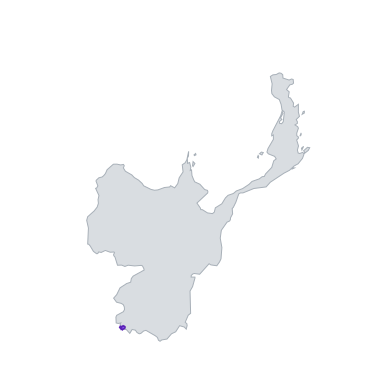 location of Mae Sai, Chiang Rai, Thailand, rotated 219°
{"feature_id": "78962969B11376495373152", "entity_name": "Mae Sai", "entity_type": "district", "adm_level": 2, "iso_a3": "THA", "parent_name": "Thailand", "parent_adm1": "Chiang Rai", "projection": "mercator", "projection_center": [99.929, 20.361], "detail": "fine", "context": "in_parent", "style": "filled", "palette": "violet", "viewbox_px": 384, "rotation_deg": 219, "n_neighbors": 0, "source": "geoboundaries", "source_scale": "gbopen_adm2", "svg_char_len": 4853}
<svg xmlns="http://www.w3.org/2000/svg" viewBox="0 0 384 384"><g transform="rotate(219 192 192)"><path d="M164.6,44.0L164.9,45.5L166.5,43.5L168.5,42.5L172.4,46.9L172.9,48.8L170.0,55.8L170.5,58.2L172.3,60.1L174.5,61.2L176.9,60.9L181.3,58.9L186.1,60.2L185.9,64.8L187.6,72.2L185.2,79.7L182.9,83.3L184.7,86.6L184.8,89.6L180.1,101.2L181.1,102.1L184.0,103.4L185.3,103.0L190.1,98.4L195.6,94.9L197.3,91.9L200.7,90.9L203.8,88.2L210.8,92.9L212.7,93.3L213.6,94.1L214.0,96.0L214.8,96.3L217.7,93.7L222.6,92.0L224.5,87.9L226.8,86.7L226.5,84.8L227.3,84.0L231.2,83.8L237.2,86.0L239.3,86.4L240.3,85.9L249.8,98.8L256.0,103.7L257.5,107.1L256.1,115.7L256.2,120.6L257.6,124.3L260.2,126.9L262.1,130.7L269.2,134.2L268.6,135.1L269.0,137.5L273.5,140.1L273.8,141.0L273.3,144.5L271.3,147.1L270.9,149.2L270.9,151.9L272.0,155.9L270.6,164.1L267.9,166.4L264.5,168.1L262.6,170.3L261.2,169.8L260.5,167.5L256.8,166.2L249.5,167.4L245.9,166.9L241.0,167.6L236.2,167.3L233.4,166.4L225.5,168.2L222.2,169.8L219.8,172.2L216.2,178.2L212.5,181.9L212.6,183.4L208.1,184.3L208.3,189.5L210.9,195.0L211.6,202.0L216.7,207.0L215.7,210.4L216.3,213.8L220.2,221.5L217.4,217.8L216.9,215.3L213.5,211.5L212.4,213.4L208.5,210.5L206.9,207.6L206.3,208.9L202.4,204.8L198.5,202.6L196.3,201.6L190.8,203.0L183.7,201.9L181.0,203.0L179.9,202.3L179.2,201.1L181.2,186.5L175.1,184.7L174.1,183.8L172.8,184.8L166.8,185.5L162.5,188.1L162.0,190.4L163.9,194.4L161.4,201.6L162.3,208.4L161.9,212.1L158.9,216.9L158.2,220.7L154.8,226.5L152.5,233.8L152.0,238.0L148.0,244.5L147.1,248.1L145.6,249.5L146.2,252.4L145.5,261.3L148.1,267.7L147.4,270.7L150.2,271.7L156.7,269.7L158.9,270.2L160.3,273.7L161.9,284.2L164.7,287.5L165.4,285.8L166.7,287.5L167.7,290.6L171.1,307.2L172.9,311.5L170.9,310.4L169.7,305.2L167.8,305.0L168.4,301.7L167.2,300.5L165.3,301.5L165.3,304.0L170.5,312.2L173.8,312.5L177.8,316.1L182.3,318.8L187.9,317.8L191.8,318.7L194.1,320.9L197.8,326.5L203.8,331.1L202.8,334.0L200.5,336.3L199.2,339.4L197.6,340.3L195.4,340.3L193.0,337.8L187.0,340.1L185.7,342.5L184.2,343.1L181.6,340.5L181.8,339.0L183.4,336.8L183.0,331.1L179.5,331.0L177.1,326.8L176.3,326.3L174.6,327.0L169.0,325.0L167.3,322.3L165.7,322.5L164.5,327.1L159.6,321.0L156.1,318.4L156.6,313.9L154.3,312.9L153.3,311.6L154.2,308.9L151.0,309.3L149.5,308.6L147.6,303.6L146.0,301.7L143.9,301.7L143.2,300.7L143.4,298.3L138.2,294.8L136.5,290.9L134.0,289.1L132.5,289.7L130.9,292.5L129.7,292.3L128.6,291.5L127.3,287.6L127.3,280.7L129.0,276.6L129.9,270.2L132.3,264.7L137.3,248.9L137.6,242.6L146.1,233.7L151.8,223.4L153.7,221.9L154.5,220.0L151.5,211.7L150.2,206.0L150.4,204.5L146.7,200.6L145.8,196.1L144.8,194.7L144.5,193.2L145.8,190.6L145.1,180.7L141.0,173.9L133.8,167.6L127.4,158.3L126.6,155.0L126.3,150.3L131.5,147.2L133.6,147.0L134.3,132.9L138.8,130.2L139.7,129.1L140.1,126.7L139.1,125.3L136.2,127.7L135.6,127.1L132.0,118.8L131.2,113.8L116.7,96.8L117.4,93.9L115.3,86.5L113.1,86.4L111.7,85.1L110.2,81.8L113.0,82.2L117.5,80.3L116.7,73.1L118.7,68.9L118.9,62.0L122.4,58.0L122.9,55.9L124.8,55.7L127.3,57.2L129.9,57.2L140.7,55.5L142.1,53.6L142.8,49.8L143.8,48.6L146.3,48.2L149.0,49.0L152.0,47.5L151.4,43.0L156.6,43.8L160.0,41.7L164.6,44.0ZM131.2,294.3L130.4,299.4L128.4,300.5L127.8,297.5L128.9,292.7L129.5,293.8L131.2,294.3ZM163.6,264.2L163.2,266.7L161.4,267.5L161.0,264.8L163.6,264.2ZM208.1,212.7L210.3,216.3L207.7,216.0L207.2,212.5L208.1,212.7ZM155.5,325.5L154.4,324.0L155.3,321.7L156.2,324.6L155.5,325.5ZM134.5,294.9L134.0,297.7L133.0,293.8L134.5,294.9ZM163.6,262.0L162.7,261.7L161.8,260.1L163.0,260.1L163.6,262.0ZM143.3,303.3L144.4,306.6L143.1,305.0L143.3,303.3ZM213.8,222.1L213.4,224.2L212.3,223.4L213.0,221.8L213.8,222.1ZM128.7,274.4L127.5,275.2L128.5,273.2L128.7,274.4Z" fill="#d9dde1" stroke="#a8b0b8" stroke-width="1"/><path d="M162.9,42.3L162.9,42.2L162.8,42.3L162.8,42.2L162.7,42.2L162.8,42.2L162.7,42.2L162.5,41.9L162.4,41.9L162.4,42.0L162.4,41.9L162.2,41.9L162.3,41.9L162.2,42.0L162.2,41.9L162.0,41.7L161.9,41.8L161.9,41.7L162.0,41.7L161.9,41.7L161.9,41.4L161.7,41.3L161.8,41.2L161.7,41.2L161.4,41.0L161.5,41.0L161.5,40.9L161.4,40.9L161.2,40.9L161.1,41.0L160.9,41.1L160.7,41.1L160.6,41.3L160.6,41.2L160.4,41.2L160.2,41.2L160.1,41.3L160.1,41.2L160.0,41.3L159.9,41.3L159.7,41.3L159.4,41.3L159.5,41.5L159.4,41.6L159.4,41.8L159.2,42.0L159.0,42.3L159.0,42.5L159.0,42.8L158.9,42.8L158.8,43.0L158.7,43.1L158.6,43.3L158.4,43.5L158.5,43.7L158.5,43.8L158.6,44.0L158.7,44.3L158.8,44.3L158.9,44.5L158.9,44.8L159.0,45.0L159.3,45.1L159.5,45.1L159.8,45.1L160.0,45.2L160.3,45.0L160.3,44.9L160.5,44.7L160.8,44.8L160.8,44.7L161.0,44.7L161.2,44.4L161.3,44.4L161.4,44.2L161.4,43.9L161.5,43.7L161.5,43.4L161.5,43.2L161.6,43.3L161.6,43.2L161.8,43.2L162.0,43.2L162.3,42.9L162.2,42.8L162.3,42.8L162.2,42.8L162.3,42.8L162.3,42.7L162.5,42.5L162.4,42.5L162.5,42.5L162.5,42.4L162.7,42.5L162.8,42.5L162.7,42.4L162.8,42.4L162.9,42.3Z" fill="#8b5cf6" stroke="#5b21b6" stroke-width="1.5"/></g></svg>